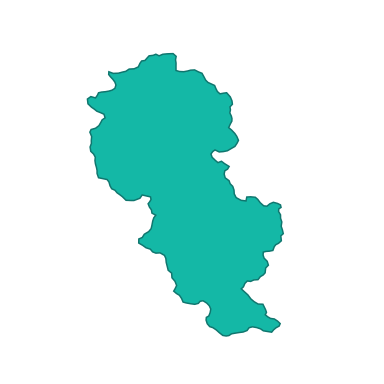 Desterro de Entre Rios, Minas Gerais, Brazil (Equal Earth projection), rotated 293°
{"feature_id": "56859067B72076234647502", "entity_name": "Desterro de Entre Rios", "entity_type": "district", "adm_level": 2, "iso_a3": "BRA", "parent_name": "Brazil", "parent_adm1": "Minas Gerais", "projection": "equal_earth", "projection_center": [-44.277, -20.636], "detail": "fine", "context": "isolated", "style": "filled", "palette": "teal", "viewbox_px": 384, "rotation_deg": 293, "n_neighbors": 0, "source": "geoboundaries", "source_scale": "gbopen_adm2", "svg_char_len": 3376}
<svg xmlns="http://www.w3.org/2000/svg" viewBox="0 0 384 384"><g transform="rotate(293 192 192)"><path d="M270.2,68.5L267.6,69.4L266.2,71.9L264.8,75.1L263.0,78.1L260.7,80.2L257.3,80.5L254.6,78.7L252.5,76.2L250.5,73.1L248.6,69.6L246.8,67.2L244.1,67.1L240.9,66.4L240.3,61.6L236.7,59.4L232.5,61.8L230.8,66.3L230.1,69.7L229.2,72.8L229.3,76.8L229.2,80.6L226.3,83.0L223.3,81.1L220.7,80.9L216.7,80.4L213.0,78.3L210.1,74.7L207.2,74.6L203.8,78.0L200.0,79.2L197.4,80.4L193.6,80.6L189.9,82.9L188.5,86.6L186.2,89.4L183.0,90.4L180.2,92.1L177.2,94.5L174.7,96.2L171.9,97.4L168.6,100.4L169.5,104.9L170.3,109.0L168.7,111.7L165.6,114.2L163.6,116.8L163.5,120.4L162.0,123.3L161.3,126.6L160.5,129.7L158.6,134.5L160.2,138.8L161.5,141.9L163.7,144.2L165.9,146.5L169.8,147.3L170.6,151.9L171.3,155.7L169.1,157.2L166.7,156.9L164.0,156.2L161.4,158.8L159.7,161.6L156.9,163.4L156.5,167.7L153.3,166.9L149.9,167.2L145.8,168.1L142.3,168.7L138.6,167.6L134.5,164.6L130.7,164.0L128.0,161.4L124.2,162.9L123.6,167.6L122.7,171.4L123.1,176.0L121.5,179.1L121.6,182.6L123.5,186.4L122.9,191.4L120.6,193.9L117.1,195.8L113.8,198.3L110.6,200.7L109.4,204.9L105.2,207.1L103.1,211.3L99.9,214.4L96.1,214.2L93.6,213.9L92.5,217.3L92.0,220.8L89.9,224.0L87.2,226.8L87.6,229.9L88.6,234.4L89.7,238.4L91.9,241.3L94.6,242.2L96.2,244.7L95.5,249.0L94.1,252.3L91.6,255.0L88.2,255.8L84.4,255.9L82.2,254.2L79.6,255.0L76.7,257.5L75.0,260.9L75.3,264.2L74.5,268.3L73.2,272.0L72.0,276.4L72.8,279.7L74.3,282.1L76.9,283.8L79.0,287.0L81.0,290.2L83.1,293.8L86.0,296.8L89.4,297.6L91.5,300.3L92.5,304.6L92.8,308.6L92.1,311.9L93.0,315.7L94.1,320.1L97.1,321.0L100.0,322.5L102.6,324.6L105.3,324.6L106.6,321.2L107.3,317.4L106.3,313.6L106.7,310.5L107.6,307.4L110.3,307.6L112.5,305.6L114.5,303.3L116.4,301.1L114.7,296.7L115.3,292.1L116.6,287.9L119.1,283.7L120.9,278.5L122.1,275.2L124.8,276.4L128.5,276.4L131.7,277.7L132.6,280.9L135.2,283.3L137.1,287.0L140.8,288.0L143.5,290.0L146.2,290.9L150.8,289.5L154.5,290.9L157.6,288.3L159.3,284.2L161.7,282.1L164.5,281.1L166.2,283.3L167.8,286.4L169.8,289.3L173.8,289.1L176.2,289.7L178.6,291.7L182.0,293.3L186.3,290.9L189.3,292.3L192.5,290.0L195.3,287.5L199.5,286.4L202.4,283.8L205.6,282.4L207.9,279.3L210.4,278.5L212.6,280.0L214.7,278.5L214.9,275.2L214.3,270.9L211.6,268.3L208.2,266.5L207.3,263.4L208.8,259.0L210.9,255.4L211.9,252.3L210.5,247.9L208.8,244.4L204.9,245.2L203.5,240.4L204.1,234.8L206.8,231.6L210.2,229.9L213.1,227.3L214.5,223.9L216.9,221.7L218.0,217.0L221.1,214.6L224.3,213.9L226.9,215.8L230.0,216.2L230.9,210.6L231.8,207.1L229.2,204.4L230.2,201.2L231.8,197.0L234.4,194.6L237.3,195.3L239.7,196.7L239.5,201.4L241.4,205.0L243.8,208.5L247.7,211.4L250.7,213.7L254.4,214.4L257.7,214.6L260.6,211.6L262.6,208.6L264.5,204.2L265.6,200.6L269.5,200.7L272.8,201.0L275.2,200.1L277.2,198.6L279.6,195.9L282.6,195.3L285.2,193.7L288.6,194.9L291.5,193.2L294.5,190.1L296.9,185.1L295.3,182.4L293.3,179.4L294.4,176.1L296.7,173.4L298.9,171.2L299.0,167.7L299.1,163.9L300.3,160.9L302.6,158.1L305.2,154.8L305.1,151.0L305.4,146.7L303.6,143.1L301.7,140.7L299.5,137.4L298.0,133.3L297.6,129.8L301.1,128.3L304.5,126.9L307.2,125.2L310.7,124.4L312.0,120.5L310.7,117.7L309.3,114.8L307.4,111.3L304.5,108.5L304.7,104.9L302.6,102.8L300.6,99.3L297.8,98.3L294.7,97.3L292.9,94.4L290.1,93.8L286.2,93.7L282.8,90.6L280.6,86.1L277.2,83.9L275.2,81.1L272.6,77.8L270.4,73.1L270.2,68.5Z" fill="#14b8a6" stroke="#0f766e" stroke-width="1.5"/></g></svg>